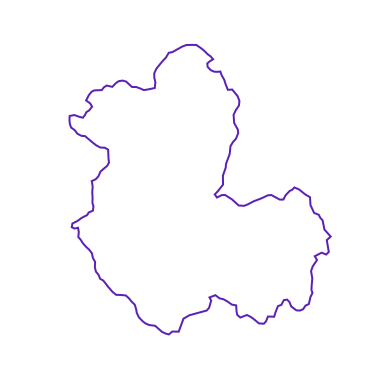 Palmópolis, Minas Gerais, Brazil (Mercator projection), rotated 347°
{"feature_id": "56859067B65800178353877", "entity_name": "Palmópolis", "entity_type": "district", "adm_level": 2, "iso_a3": "BRA", "parent_name": "Brazil", "parent_adm1": "Minas Gerais", "projection": "mercator", "projection_center": [-40.373, -16.779], "detail": "fine", "context": "isolated", "style": "outline", "palette": "violet", "viewbox_px": 384, "rotation_deg": 347, "n_neighbors": 0, "source": "geoboundaries", "source_scale": "gbopen_adm2", "svg_char_len": 2807}
<svg xmlns="http://www.w3.org/2000/svg" viewBox="0 0 384 384"><g transform="rotate(347 192 192)"><path d="M246.7,81.0L243.6,80.6L240.6,79.7L237.7,77.5L235.4,73.7L235.8,70.2L238.6,68.7L242.4,67.4L240.7,64.1L238.1,61.1L236.2,57.9L233.6,54.4L229.3,49.7L224.3,48.5L219.7,47.5L215.3,48.1L211.5,49.2L207.9,50.2L204.4,51.3L200.7,51.1L196.8,55.2L193.7,57.2L191.1,59.1L188.3,61.3L184.8,64.1L181.9,67.9L181.0,72.1L181.0,76.9L179.1,82.3L173.3,82.2L168.0,81.9L164.9,79.5L161.2,77.1L157.2,76.2L155.0,73.1L152.7,69.6L149.6,67.9L145.8,67.5L142.3,68.8L138.0,71.6L132.8,69.1L129.7,70.2L127.0,72.4L123.7,71.8L119.8,71.0L116.7,71.7L113.2,74.5L109.4,79.0L112.7,82.7L113.8,86.4L110.1,89.4L107.1,90.4L105.0,92.9L102.4,95.1L98.6,93.1L94.8,90.6L89.9,90.4L88.8,94.2L88.3,98.1L88.7,102.0L91.6,105.3L93.5,109.5L96.9,112.4L100.4,113.5L103.2,117.3L105.9,120.9L108.9,124.7L112.6,128.0L117.1,129.3L119.8,131.9L119.0,136.2L118.3,139.9L117.7,144.7L115.4,147.3L111.8,149.2L107.5,151.4L104.4,155.6L101.1,157.9L96.8,158.8L96.4,164.6L94.8,169.5L93.8,175.4L92.5,180.4L92.8,183.7L91.3,187.9L86.8,188.7L84.5,191.0L80.7,191.8L77.7,192.8L73.8,194.5L68.4,195.8L66.9,199.3L69.4,201.2L72.9,201.2L72.7,205.5L71.1,210.3L72.9,213.7L74.0,217.0L76.2,221.2L78.8,225.0L80.7,229.2L80.6,234.0L81.9,238.3L80.4,243.5L80.5,248.0L82.3,251.7L83.0,255.9L85.6,258.3L87.0,261.2L88.9,265.4L92.0,271.3L94.9,275.1L99.4,276.3L104.2,277.9L106.7,281.5L108.3,284.8L110.9,289.0L111.2,293.9L111.0,297.4L112.1,302.2L114.7,306.6L116.9,309.4L120.2,311.9L126.0,314.1L131.2,321.4L134.3,323.9L137.5,325.6L141.4,323.5L147.6,325.1L153.2,316.6L155.2,313.5L161.9,311.5L179.6,310.8L182.6,308.7L186.3,302.0L185.3,298.7L191.6,297.8L194.9,301.8L198.4,303.5L202.1,306.8L205.4,310.6L209.5,312.4L208.5,318.8L208.5,322.1L210.9,325.2L217.8,324.2L221.0,326.8L223.1,329.1L227.7,335.1L232.4,336.5L234.9,334.8L238.0,330.4L244.0,332.0L246.5,327.7L250.1,322.5L253.6,322.1L257.2,318.0L260.5,318.3L262.2,321.1L262.9,325.8L267.1,330.8L270.4,331.8L273.9,331.2L277.1,328.2L280.6,327.5L283.9,320.8L286.7,317.5L286.4,314.1L287.4,310.7L289.8,303.1L290.2,295.9L292.9,291.6L298.5,286.4L297.2,282.2L304.7,280.3L308.6,283.1L311.8,281.2L312.5,269.2L317.1,266.6L312.6,258.4L312.9,249.1L311.1,245.8L310.4,242.7L306.3,239.9L304.5,231.4L305.8,223.6L301.5,219.5L297.0,213.7L292.8,210.6L290.2,212.3L287.3,213.0L282.4,216.3L279.4,219.9L275.9,219.2L268.6,212.8L265.1,212.3L258.3,213.8L250.2,214.9L243.7,216.6L239.6,217.2L234.4,215.6L229.4,208.3L223.6,202.4L220.3,201.7L215.1,203.0L213.6,199.5L217.3,197.1L223.9,191.8L225.8,183.0L230.3,175.9L231.4,172.4L237.3,163.4L239.8,156.0L243.2,152.5L246.9,149.9L250.3,144.9L250.7,141.6L248.6,134.1L249.9,126.1L253.2,122.0L257.2,118.3L258.7,113.9L258.0,108.8L254.2,101.2L249.9,100.5L249.0,94.4L248.6,89.7L247.2,85.2L246.7,81.0Z" fill="none" stroke="#5b21b6" stroke-width="2"/></g></svg>